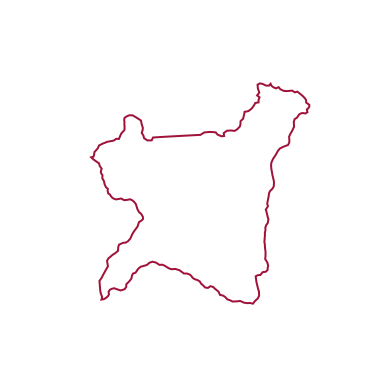 Mossâmedes, Goiás, Brazil, rotated 116°
{"feature_id": "56859067B91157569259112", "entity_name": "Mossâmedes", "entity_type": "district", "adm_level": 2, "iso_a3": "BRA", "parent_name": "Brazil", "parent_adm1": "Goiás", "projection": "robinson", "projection_center": [-50.154, -16.176], "detail": "fine", "context": "isolated", "style": "outline", "palette": "rose", "viewbox_px": 384, "rotation_deg": 116, "n_neighbors": 0, "source": "geoboundaries", "source_scale": "gbopen_adm2", "svg_char_len": 3585}
<svg xmlns="http://www.w3.org/2000/svg" viewBox="0 0 384 384"><g transform="rotate(116 192 192)"><path d="M205.0,297.8L205.9,295.0L206.5,291.6L207.0,288.1L209.0,286.4L210.7,283.4L212.9,283.1L214.6,282.4L216.2,279.8L219.0,278.6L221.0,275.7L223.3,274.0L225.3,271.6L226.1,269.0L228.0,268.3L230.0,266.7L230.3,264.6L231.7,262.3L232.3,260.0L232.0,257.1L230.5,255.0L228.9,252.8L229.1,249.5L227.7,247.1L225.7,244.5L225.6,242.2L226.1,240.0L227.3,237.4L229.0,235.7L231.2,233.7L233.4,230.6L233.9,228.2L235.9,225.2L237.9,224.2L240.0,225.0L242.2,226.4L244.2,226.2L247.0,225.8L252.9,226.9L256.4,227.2L260.8,227.0L264.2,227.9L266.6,229.4L267.7,231.5L271.3,234.5L273.7,234.2L277.3,232.7L280.9,234.3L283.2,235.8L286.1,237.0L288.1,238.0L291.1,238.2L295.6,235.0L298.7,235.2L304.1,235.5L308.5,235.6L312.5,236.2L321.1,231.1L323.3,229.4L325.8,226.7L328.4,226.2L326.9,224.2L324.7,222.8L322.5,221.9L320.6,221.7L318.3,223.2L315.9,223.0L314.1,221.6L312.6,219.7L312.3,217.0L311.8,213.1L310.2,211.2L308.7,209.9L306.2,209.5L303.7,210.6L300.0,209.3L296.5,208.5L293.4,209.3L291.2,209.3L289.4,207.5L287.4,207.0L285.6,206.9L283.6,206.3L281.5,205.2L279.8,203.2L277.3,200.5L274.3,199.3L272.0,197.0L271.2,193.3L271.8,189.4L270.4,186.9L270.2,184.1L270.6,181.4L270.7,178.7L270.3,176.3L268.5,173.4L267.8,168.9L268.8,163.6L267.4,160.5L267.2,157.7L267.8,155.6L268.9,153.8L269.2,151.3L268.8,149.1L268.9,146.0L270.4,143.6L271.2,140.6L272.1,138.4L271.2,135.6L268.6,134.2L268.1,131.3L268.9,129.0L269.5,126.2L270.1,124.2L272.2,121.8L271.5,118.8L271.8,116.2L273.0,113.2L272.6,109.9L272.7,107.6L270.2,103.0L268.8,101.0L268.7,96.8L267.6,93.4L266.3,91.2L265.7,88.3L262.0,87.5L258.9,86.2L255.8,86.2L252.1,88.2L249.8,90.4L247.8,92.0L245.1,94.3L239.9,97.8L237.9,96.4L236.7,94.2L233.1,93.4L231.4,90.8L229.0,89.9L227.3,90.6L224.8,91.3L222.4,93.3L220.1,96.9L218.0,97.6L215.1,98.9L213.0,100.0L210.5,101.7L206.8,103.8L205.1,105.1L203.2,105.8L201.3,106.6L198.8,107.5L197.1,108.5L193.9,109.3L191.8,110.5L189.0,110.8L187.0,110.3L183.1,111.3L180.9,113.3L179.2,114.7L177.1,116.4L175.4,118.0L173.4,117.7L171.5,117.5L169.5,119.3L166.7,120.1L162.6,121.1L159.4,122.2L157.0,122.3L154.3,121.3L151.5,120.9L148.3,122.1L146.3,123.2L141.3,127.3L138.9,129.0L137.2,130.3L133.8,132.4L131.1,133.5L126.8,133.7L121.8,133.0L117.3,132.8L114.2,132.0L111.0,129.5L107.7,126.3L104.7,126.3L102.0,127.6L99.7,129.0L96.4,129.1L93.4,128.8L88.5,128.9L84.5,131.2L81.6,131.7L79.1,130.2L75.3,129.7L73.3,128.3L72.3,126.6L71.7,124.5L69.7,123.2L67.4,125.0L65.7,124.1L63.9,124.0L62.2,124.8L61.6,128.5L59.2,130.0L58.1,132.0L57.1,134.8L56.3,138.1L55.6,141.3L57.3,143.2L57.0,146.6L58.3,148.6L59.8,151.1L60.9,153.9L60.9,157.7L59.8,160.1L62.0,161.9L62.2,164.4L61.8,166.9L60.3,168.8L62.6,169.4L63.9,172.1L63.9,175.7L64.6,178.6L66.8,180.1L69.9,178.3L73.2,175.1L76.7,175.8L77.3,172.8L80.2,172.5L82.3,171.5L84.2,174.1L87.3,174.3L91.0,175.0L94.6,176.8L96.9,179.9L98.7,179.3L103.7,178.2L107.1,179.4L110.0,178.1L112.2,177.7L115.7,178.8L118.4,180.5L119.6,183.9L121.6,187.4L123.5,188.5L125.2,189.3L127.6,187.7L129.0,190.0L129.2,194.2L128.0,196.9L130.1,202.2L133.1,207.1L136.9,209.4L151.9,236.4L154.3,240.7L160.1,250.9L163.3,250.9L165.2,254.7L164.6,258.7L162.5,260.5L160.9,263.1L158.1,263.5L155.9,264.3L153.0,267.0L150.1,269.3L149.5,274.2L149.1,278.9L150.5,282.0L153.3,284.3L155.1,285.1L157.1,284.5L158.6,283.4L160.4,282.7L162.7,281.3L165.8,279.9L170.4,281.2L174.1,281.1L176.3,280.9L177.5,283.5L180.0,284.8L181.8,287.1L184.1,290.3L185.9,291.8L187.8,293.6L191.0,296.0L193.8,295.8L196.6,296.5L198.9,297.2L201.2,296.4L203.4,296.0L205.0,297.8Z" fill="none" stroke="#9f1239" stroke-width="2"/></g></svg>